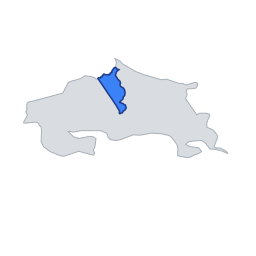 Costa Rica, with Heredia highlighted, rotated 325°
{"feature_id": "CRI-1328", "entity_name": "Heredia", "entity_type": "Province", "adm_level": 1, "iso_a3": "CRI", "parent_name": "Costa Rica", "parent_adm1": "", "projection": "orthographic", "projection_center": [-83.91, 10.368], "detail": "fine", "context": "in_parent", "style": "filled", "palette": "blue", "viewbox_px": 256, "rotation_deg": 325, "n_neighbors": 0, "source": "natural_earth", "source_scale": "10m", "svg_char_len": 3328}
<svg xmlns="http://www.w3.org/2000/svg" viewBox="0 0 256 256"><g transform="rotate(325 128 128)"><path d="M210.6,130.7L210.3,131.6L209.5,132.6L208.3,133.6L206.6,134.3L202.7,132.3L198.9,130.0L196.7,131.1L195.9,134.0L194.5,135.6L192.7,136.2L192.0,137.2L191.9,147.2L192.0,156.7L195.0,156.9L199.8,160.2L201.9,162.1L202.6,163.9L202.0,164.8L198.4,166.9L195.0,169.5L193.2,172.8L196.3,178.0L196.9,181.6L196.9,185.4L196.0,187.2L189.3,191.5L187.8,193.0L188.0,194.1L191.7,197.1L193.5,199.9L195.0,203.4L195.2,206.4L191.8,200.8L187.1,195.5L183.0,192.2L182.7,184.6L181.1,180.4L174.9,176.6L169.7,174.0L165.8,174.5L168.2,178.9L174.3,184.5L174.8,186.7L174.7,189.6L170.4,189.2L166.7,188.0L162.1,187.6L159.1,185.9L152.7,179.2L157.2,173.4L158.6,169.6L158.5,161.8L157.5,158.0L152.5,152.3L144.6,145.9L133.6,140.7L128.4,136.6L115.6,133.4L110.7,131.2L106.8,127.3L106.3,124.5L107.6,120.1L104.1,114.6L88.8,103.7L80.2,99.6L78.4,97.3L77.0,96.5L78.3,104.0L82.1,108.6L91.8,112.8L94.5,115.3L95.6,118.5L89.9,124.6L87.0,126.1L86.1,129.5L84.3,130.5L82.3,128.5L74.4,118.9L59.1,114.3L56.3,111.4L50.6,102.6L48.1,94.6L49.0,89.3L55.4,81.0L57.4,77.4L57.0,75.2L57.2,71.9L54.9,69.6L49.1,66.6L45.4,64.2L46.4,63.0L53.1,59.8L53.5,56.9L53.5,56.0L54.6,55.8L55.6,55.0L56.2,54.2L58.0,51.4L59.6,49.8L61.4,49.6L63.7,50.8L72.0,53.8L81.4,57.2L94.6,62.0L100.2,59.0L104.9,56.7L108.2,57.0L115.4,59.7L119.7,60.6L122.3,60.3L126.9,64.3L129.4,67.3L129.8,69.3L131.2,70.4L134.7,70.6L143.5,72.6L148.8,72.2L153.7,70.1L156.3,67.5L157.1,63.5L158.4,65.5L159.8,68.6L160.4,72.7L166.7,86.2L171.8,93.7L182.8,107.4L187.5,110.0L195.6,121.0L198.4,122.8L200.0,126.1L208.3,128.7L210.6,130.7Z" fill="#d9dde1" stroke="#a8b0b8" stroke-width="1"/><path d="M146.4,73.3L146.6,73.2L147.6,72.0L150.9,70.8L151.1,70.7L151.3,70.8L151.9,71.0L152.0,71.0L152.5,71.4L152.7,71.7L152.8,71.9L152.8,72.1L152.8,72.3L152.7,73.3L152.7,73.5L152.8,73.7L152.9,73.9L153.1,74.0L153.3,74.2L153.7,74.5L153.9,74.6L154.0,74.8L154.1,75.0L153.8,75.0L153.7,75.0L153.0,75.1L151.5,75.2L151.2,75.3L150.7,75.5L149.9,76.0L149.4,76.5L149.2,76.7L148.7,76.9L148.3,77.2L148.1,77.4L148.0,77.5L147.9,77.8L147.9,78.2L147.8,79.7L147.8,80.2L147.6,82.4L147.6,82.7L147.6,82.8L147.8,83.1L148.0,83.3L148.0,83.5L147.9,84.0L148.0,84.2L148.0,84.3L148.2,84.8L148.2,85.0L147.9,86.3L147.5,87.0L147.3,87.2L147.2,87.2L147.1,87.3L146.9,87.3L146.7,87.4L146.6,87.5L146.2,88.3L146.1,88.5L145.9,88.9L145.8,89.1L145.8,89.4L145.9,90.1L146.0,90.3L146.7,91.5L146.8,92.1L146.9,92.3L147.0,92.5L147.2,92.8L147.3,93.1L147.2,93.4L147.0,94.2L147.0,94.8L147.0,95.2L146.8,95.5L146.2,96.8L146.1,97.1L143.8,99.6L141.9,99.8L141.0,101.0L140.7,101.3L140.4,101.4L139.3,101.5L138.4,101.7L136.2,101.9L135.9,102.0L136.0,102.2L136.2,102.6L137.3,104.3L137.9,105.0L138.1,105.4L138.2,106.6L138.6,107.1L138.8,107.3L139.0,107.5L139.0,107.8L138.7,108.8L138.1,110.5L137.1,111.1L135.8,111.5L135.3,111.6L134.0,111.5L133.8,111.5L132.0,112.3L131.4,112.1L130.4,111.6L129.6,111.7L129.5,111.3L129.5,111.0L129.5,110.9L129.5,110.7L129.8,110.3L130.7,109.4L130.7,109.2L131.3,101.6L131.4,94.7L131.4,89.0L131.6,80.9L131.7,70.2L132.1,70.0L132.7,69.9L133.6,70.8L134.2,71.0L134.8,70.6L135.1,70.6L135.7,71.2L136.9,70.4L137.8,70.6L138.4,70.0L139.0,69.9L139.6,70.3L139.8,71.1L142.8,73.5L143.1,73.7L143.6,73.7L144.1,73.6L144.7,73.2L145.1,73.0L146.4,73.3Z" fill="#3b82f6" stroke="#1e3a8a" stroke-width="1.5"/></g></svg>